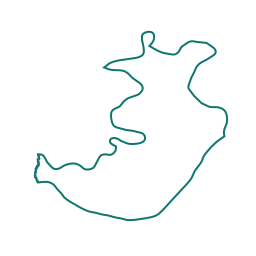 Santo Domingo Oeste, Santo Domingo, Dominican Republic (Equal Earth projection), rotated 81°
{"feature_id": "3306468B81365020570437", "entity_name": "Santo Domingo Oeste", "entity_type": "district", "adm_level": 2, "iso_a3": "DOM", "parent_name": "Dominican Republic", "parent_adm1": "Santo Domingo", "projection": "equal_earth", "projection_center": [-70.016, 18.468], "detail": "fine", "context": "isolated", "style": "outline", "palette": "teal", "viewbox_px": 256, "rotation_deg": 81, "n_neighbors": 0, "source": "geoboundaries", "source_scale": "gbopen_adm2", "svg_char_len": 3496}
<svg xmlns="http://www.w3.org/2000/svg" viewBox="0 0 256 256"><g transform="rotate(81 128 128)"><path d="M151.3,34.1L148.0,34.1L145.9,33.6L143.9,32.8L139.3,30.0L137.2,29.2L134.9,28.7L131.5,28.5L129.3,28.7L127.1,29.3L126.0,29.8L124.3,31.3L123.5,32.2L122.3,34.2L121.4,36.7L120.3,42.8L119.5,44.9L115.1,51.3L113.5,52.6L106.6,57.7L100.1,61.2L98.3,61.9L97.4,62.0L95.6,61.6L88.2,57.6L82.9,53.7L79.0,51.3L77.4,49.7L75.9,47.8L74.8,45.6L72.7,39.4L69.5,32.1L68.9,31.1L68.2,30.3L67.3,29.7L66.4,29.4L65.4,29.4L64.4,29.6L62.6,30.6L60.3,32.8L56.3,37.1L55.7,39.0L54.1,45.5L52.6,49.8L52.2,52.1L52.4,53.3L52.6,54.4L53.4,56.5L55.8,61.6L56.4,62.5L57.1,63.2L60.2,65.6L61.5,67.2L62.4,69.1L62.6,70.3L62.6,71.5L62.1,73.6L59.7,80.5L58.6,82.9L57.3,85.0L55.9,87.1L50.4,94.0L47.6,90.8L45.5,89.1L43.2,88.1L40.8,87.8L39.7,87.9L38.6,88.3L37.5,89.2L36.7,90.5L36.3,91.9L36.1,93.3L36.4,96.1L36.9,97.4L37.6,98.6L38.6,99.5L39.6,99.9L42.9,100.4L50.4,100.0L53.9,100.2L56.1,100.7L57.1,101.3L58.1,102.1L58.8,103.3L59.3,104.6L59.7,106.0L60.0,109.0L59.8,125.7L59.9,129.0L60.3,132.3L61.0,135.4L61.6,136.9L64.5,142.1L67.0,137.8L67.9,135.4L68.6,132.8L69.9,126.2L70.8,123.7L72.0,121.7L74.3,119.2L78.1,116.6L79.9,115.1L86.1,108.8L88.1,107.6L90.2,107.2L91.3,107.3L92.4,107.7L93.3,108.3L94.9,109.9L96.2,111.9L97.0,114.4L98.1,121.0L98.7,123.6L99.2,124.7L100.9,127.8L105.1,132.4L105.9,134.3L106.8,137.5L107.6,139.6L108.2,140.6L109.1,141.4L110.0,142.0L111.1,142.4L113.3,142.9L116.8,143.1L120.3,142.8L122.5,142.2L123.5,141.6L124.4,140.9L125.7,139.0L128.6,132.5L129.6,130.2L131.5,123.8L135.2,115.1L135.9,114.2L136.8,113.5L138.6,112.7L140.6,112.7L141.5,113.0L142.5,113.5L143.4,114.4L144.0,115.5L144.7,117.9L144.9,120.5L144.7,124.7L144.3,127.5L143.5,130.2L142.4,132.5L139.7,136.7L136.9,140.2L136.0,142.1L135.7,143.3L135.6,144.5L135.8,145.7L136.4,146.9L137.3,147.7L138.3,147.9L139.3,147.9L140.2,147.5L141.7,146.2L144.4,142.7L146.5,143.2L148.4,143.9L149.2,144.6L150.6,146.1L151.5,148.1L151.7,149.2L151.5,151.2L150.6,153.9L150.3,155.9L150.5,158.1L150.9,159.1L152.2,160.7L161.0,167.3L161.7,168.2L162.2,169.3L162.6,170.4L162.8,172.9L162.6,175.3L161.7,177.4L161.1,178.2L158.1,180.7L156.1,183.2L155.0,185.4L154.4,188.1L154.2,190.8L154.6,195.0L155.3,197.4L156.6,200.5L157.3,202.6L157.4,205.0L157.2,206.2L156.8,207.3L155.4,209.0L150.9,212.1L148.8,213.3L143.1,215.3L141.4,216.6L140.8,217.7L140.3,218.9L139.9,221.0L141.6,221.0L141.6,220.4L144.2,220.4L144.2,221.0L144.7,221.0L144.7,221.6L145.1,221.6L145.1,222.2L147.3,222.2L147.3,221.6L147.7,221.6L147.7,222.2L148.2,222.2L148.2,221.6L149.9,221.6L149.9,222.2L150.8,222.2L150.8,222.8L151.3,222.8L151.3,223.4L151.7,223.4L151.7,223.9L152.1,223.9L152.6,223.9L152.6,224.5L153.5,224.5L153.5,225.1L154.3,225.1L154.3,225.7L156.5,225.7L156.5,226.3L157.9,226.3L157.9,226.9L160.5,226.9L160.5,227.5L161.8,227.5L161.8,226.9L163.1,226.9L163.1,226.3L165.8,226.3L165.8,225.7L167.1,225.7L167.1,225.1L167.8,225.1L167.9,221.2L168.3,217.7L168.8,215.4L169.3,214.3L170.6,212.2L172.2,210.4L173.0,209.8L177.8,207.1L182.3,204.0L186.4,201.9L189.1,199.6L192.5,195.8L199.1,187.6L202.2,183.3L204.2,179.9L205.1,177.7L206.5,173.7L209.5,166.8L211.1,161.7L214.2,154.9L215.9,149.8L217.9,145.3L218.8,142.9L219.1,141.6L219.5,138.9L219.8,134.7L219.9,124.8L219.7,119.2L219.4,116.5L218.8,113.8L217.7,111.3L216.3,109.1L213.2,104.8L204.0,93.3L193.3,79.6L190.0,75.6L187.3,73.0L181.5,69.2L179.8,67.7L174.0,61.7L172.2,60.3L168.3,58.0L166.5,56.5L164.8,54.8L160.0,49.1L156.3,43.8L154.4,40.6L151.3,34.1Z" fill="none" stroke="#0f766e" stroke-width="2"/></g></svg>